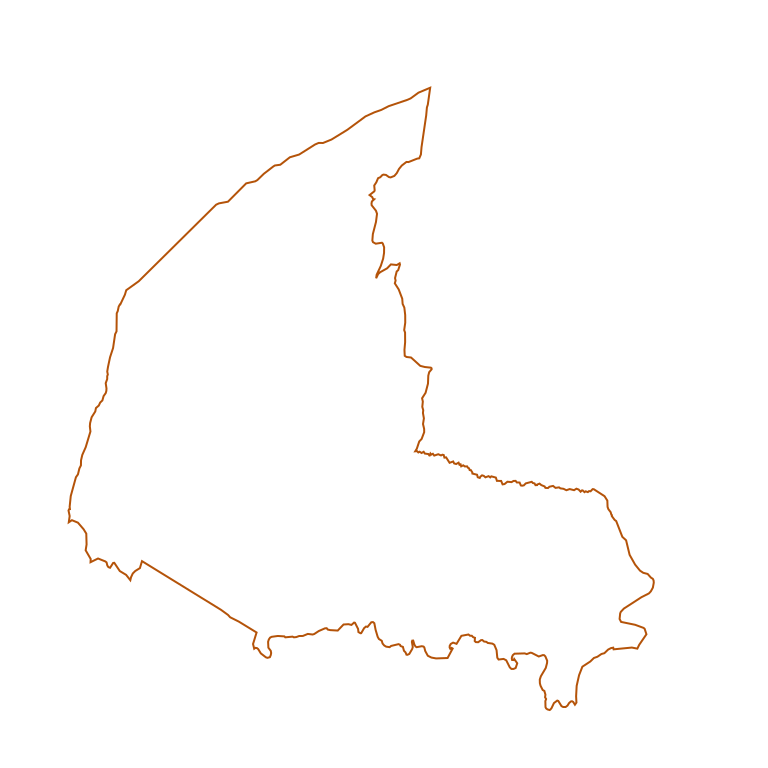 outline of Bolomba, Équateur, Democratic Republic of the Congo, rotated 8°
{"feature_id": "63176286B53001735211155", "entity_name": "Bolomba", "entity_type": "district", "adm_level": 2, "iso_a3": "COD", "parent_name": "Democratic Republic of the Congo", "parent_adm1": "Équateur", "projection": "equal_earth", "projection_center": [19.536, 0.592], "detail": "fine", "context": "isolated", "style": "outline", "palette": "amber", "viewbox_px": 768, "rotation_deg": 8, "n_neighbors": 0, "source": "geoboundaries", "source_scale": "gbopen_adm2", "svg_char_len": 6140}
<svg xmlns="http://www.w3.org/2000/svg" viewBox="0 0 768 768"><g transform="rotate(8 384 384)"><path d="M388.5,84.2L377.6,90.7L370.6,97.5L367.7,99.3L350.0,108.2L343.1,113.0L336.7,116.3L328.4,121.6L312.4,137.3L298.0,149.2L290.1,153.8L285.7,154.4L282.4,156.4L268.0,168.6L259.2,172.6L250.8,181.3L245.5,182.8L244.1,184.0L235.8,192.5L230.2,199.7L228.3,201.2L219.6,204.5L204.1,225.2L195.4,228.1L192.8,229.8L126.8,316.4L115.7,327.0L115.0,331.6L111.8,341.9L111.4,341.9L110.5,344.3L110.2,348.8L109.5,351.2L111.8,369.1L110.8,372.1L110.7,386.1L109.0,395.6L108.3,405.5L108.2,410.2L109.2,413.1L108.8,414.7L109.2,417.6L108.3,421.9L109.8,427.0L110.0,429.5L109.7,431.7L108.0,435.0L107.4,439.5L105.5,441.9L104.6,445.0L102.1,447.9L101.9,451.4L99.1,457.6L98.4,463.6L98.6,466.9L99.9,471.9L97.4,488.1L95.1,496.2L94.6,501.7L95.2,506.8L94.1,510.0L93.5,516.1L91.9,519.2L89.4,538.5L89.8,549.3L90.4,551.6L89.6,551.8L89.2,553.2L91.1,558.5L91.1,564.8L93.9,562.3L100.2,563.9L106.7,569.6L110.0,573.6L111.8,584.3L111.7,590.2L117.9,598.1L118.2,601.3L125.1,596.6L132.8,598.5L134.1,599.3L135.3,602.3L136.6,603.7L138.3,604.1L140.7,598.9L141.8,598.6L148.4,606.0L155.2,608.9L160.1,613.6L160.4,610.5L161.6,606.6L163.7,603.8L167.9,600.3L169.0,593.1L254.0,630.3L261.7,634.4L264.1,636.4L273.3,639.5L292.4,647.8L290.5,659.7L292.3,664.2L293.3,663.2L294.9,663.2L296.3,664.0L299.5,667.9L305.1,671.1L306.7,671.4L309.0,670.4L309.6,668.2L309.7,666.1L309.0,664.0L306.2,661.2L305.1,655.4L305.5,653.0L306.5,651.0L307.9,650.0L313.9,648.3L320.5,647.8L321.5,648.6L328.6,646.9L330.0,647.4L332.4,646.8L335.0,645.4L338.7,644.8L343.3,642.1L348.2,642.0L349.7,641.3L353.8,637.7L359.5,634.2L361.2,633.8L362.5,635.0L364.9,635.2L372.5,634.6L377.4,627.8L382.2,626.8L385.3,627.1L387.6,624.4L388.5,624.5L392.4,630.1L393.2,633.2L395.4,634.1L396.1,633.9L398.3,628.5L399.9,626.7L401.5,626.8L404.6,621.7L406.2,621.3L407.7,622.2L409.9,628.6L412.9,635.2L414.4,637.2L417.5,638.6L418.7,641.2L420.6,642.9L422.7,643.8L426.2,643.8L427.5,642.4L434.6,639.6L436.1,640.0L436.9,641.2L439.3,641.7L440.9,645.4L442.7,646.8L443.9,648.9L444.9,648.9L446.6,647.8L448.8,642.5L449.1,640.5L447.5,635.5L447.7,634.2L448.6,634.0L450.4,637.9L451.7,639.5L452.9,640.1L457.9,638.4L459.7,638.5L460.6,639.3L462.0,642.7L465.2,647.0L469.0,648.3L473.8,648.5L485.1,646.5L488.8,636.4L487.7,635.9L486.5,637.0L485.7,635.9L485.5,634.2L486.3,632.1L488.4,630.5L492.0,631.2L495.7,622.6L502.5,620.3L504.2,621.3L506.0,621.1L507.5,622.3L509.4,622.7L509.6,625.9L510.8,626.8L513.2,626.6L515.8,624.1L517.1,623.9L518.9,625.1L521.3,625.1L522.8,626.0L527.5,626.0L529.5,626.9L532.5,631.9L534.3,639.3L535.8,640.9L540.7,639.6L543.5,640.6L548.0,647.1L549.8,648.4L552.0,648.1L553.9,646.9L554.8,642.0L551.2,638.2L550.9,639.3L549.3,639.5L548.8,638.3L548.7,636.7L549.3,634.6L550.8,632.9L560.8,631.2L563.0,631.6L566.3,629.7L567.7,629.7L575.2,632.3L579.1,630.3L580.4,630.3L581.7,631.3L584.1,635.3L584.3,637.6L583.7,642.7L580.0,651.6L579.4,655.0L580.0,658.6L581.0,661.0L583.7,664.9L585.5,665.6L587.1,669.2L587.1,671.8L588.4,673.4L587.9,675.5L588.9,681.5L589.7,682.7L591.2,683.5L593.4,683.8L594.0,683.3L595.0,681.7L596.7,676.3L599.6,673.4L600.7,673.6L604.6,678.3L606.3,678.9L608.8,678.6L610.5,676.9L611.6,674.3L613.3,672.3L614.3,672.0L615.6,672.5L617.7,675.0L618.9,672.7L617.7,666.5L616.8,656.1L617.7,645.2L619.8,636.3L626.9,630.1L630.0,626.1L633.3,624.4L636.9,621.1L639.7,619.9L642.9,615.8L645.6,613.9L647.7,613.2L648.3,614.8L666.1,610.5L671.7,610.8L673.0,606.8L678.7,595.3L676.2,590.2L675.0,589.4L666.2,587.5L651.9,586.6L650.0,583.9L649.8,578.3L650.2,576.7L652.8,573.0L668.6,559.3L675.5,554.5L677.1,552.2L678.6,548.2L678.8,543.2L678.3,541.0L677.3,539.5L675.3,538.6L671.5,535.4L667.0,534.9L663.5,533.2L657.8,527.9L651.0,519.0L645.5,505.1L641.3,502.2L633.0,487.4L631.3,486.5L628.0,483.1L628.0,482.2L627.3,481.7L626.3,479.4L623.6,476.7L622.5,474.6L621.4,468.4L618.0,464.4L606.4,459.0L605.2,459.1L603.5,461.5L602.0,461.5L600.9,462.7L598.7,462.2L597.6,463.2L595.5,461.7L594.8,461.8L593.7,463.3L591.4,461.4L589.1,460.9L587.0,462.7L582.5,462.2L579.4,463.8L576.3,462.8L573.2,462.8L571.7,462.0L568.3,463.0L565.6,461.4L562.1,462.7L560.9,464.2L558.3,464.4L557.3,463.1L553.8,462.2L551.9,461.0L549.6,462.3L549.6,462.8L548.1,463.1L546.9,461.5L545.1,461.3L543.9,460.3L538.2,462.7L536.6,464.9L534.9,465.5L533.6,465.4L532.0,462.7L529.2,463.0L527.8,461.6L525.7,462.0L524.0,463.4L519.8,463.6L517.3,466.3L515.4,466.9L513.5,463.7L509.3,464.2L507.8,461.1L503.1,460.5L502.2,461.7L500.4,460.7L497.4,462.3L495.6,461.1L493.8,460.8L492.3,462.4L491.9,463.7L489.8,463.3L488.8,460.9L484.0,460.4L483.8,459.3L482.0,457.2L480.8,457.3L480.0,455.7L478.7,455.2L477.8,454.0L475.5,454.4L473.8,453.5L471.9,454.8L471.0,452.9L470.0,453.5L468.8,451.5L466.6,453.2L464.5,452.9L463.3,451.1L459.9,452.9L455.7,448.0L454.1,448.5L453.0,446.0L451.7,445.9L450.4,446.8L447.5,446.0L443.7,447.9L442.1,446.3L440.7,447.3L439.7,446.4L439.3,448.4L438.9,448.5L437.7,447.2L434.1,447.2L432.7,445.6L430.8,447.1L428.7,446.1L427.5,447.0L426.1,445.9L424.3,446.3L425.5,443.5L426.9,436.0L428.9,433.2L430.5,426.1L430.0,422.9L428.2,418.2L428.3,412.5L426.6,407.3L426.5,404.5L425.1,401.3L424.9,396.0L423.7,392.8L426.4,386.9L427.5,377.5L426.7,369.6L427.1,366.0L429.1,362.8L428.9,361.8L428.1,361.3L422.1,361.5L417.4,361.0L407.1,354.0L402.5,354.1L400.6,353.2L399.5,347.3L399.1,339.6L397.7,330.1L396.5,327.8L396.5,320.3L395.4,312.8L393.5,305.5L391.3,302.1L390.2,297.0L385.4,288.3L380.7,282.8L381.1,280.0L380.2,277.6L380.9,270.8L382.2,269.3L383.2,263.5L382.7,262.3L380.1,264.4L374.2,264.6L371.0,269.0L364.7,273.8L362.9,275.9L361.5,280.4L361.5,276.9L364.4,267.5L365.7,260.0L365.8,254.2L365.1,248.6L363.2,245.0L362.3,244.4L356.3,246.2L353.4,245.1L352.5,243.6L352.1,237.1L353.5,224.7L353.4,216.4L351.9,213.5L346.9,208.7L346.5,207.0L346.6,204.9L348.6,202.4L347.4,202.3L346.4,200.6L343.4,198.9L347.6,194.5L347.8,193.5L346.7,188.8L348.3,185.4L349.5,181.0L351.5,179.8L353.3,177.3L354.4,176.7L356.9,176.7L360.1,178.4L361.8,178.5L365.3,176.5L367.3,173.4L368.9,169.0L371.2,165.2L375.3,161.0L377.4,160.8L385.5,156.2L387.5,155.6L388.6,151.6L388.2,144.2L388.4,112.1L388.0,104.1L388.5,101.3L388.5,84.2Z" fill="none" stroke="#b45309" stroke-width="2"/></g></svg>